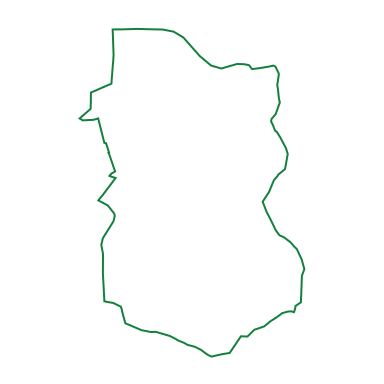 Zalingi, Central Darfur, Sudan (Albers equal-area conic projection), rotated 178°
{"feature_id": "16777658B14482741827107", "entity_name": "Zalingi", "entity_type": "district", "adm_level": 2, "iso_a3": "SDN", "parent_name": "Sudan", "parent_adm1": "Central Darfur", "projection": "albers", "projection_center": [23.544, 13.041], "detail": "fine", "context": "isolated", "style": "outline", "palette": "green", "viewbox_px": 384, "rotation_deg": 178, "n_neighbors": 0, "source": "geoboundaries", "source_scale": "gbopen_adm2", "svg_char_len": 2833}
<svg xmlns="http://www.w3.org/2000/svg" viewBox="0 0 384 384"><g transform="rotate(178 192 192)"><path d="M101.4,308.1L104.3,314.5L106.3,315.5L111.0,314.6L119.3,313.5L127.7,312.7L130.5,316.7L134.8,317.8L142.3,318.4L158.4,314.4L168.5,317.7L179.5,327.6L195.3,346.8L204.8,352.9L215.6,355.4L228.0,356.1L241.6,356.9L259.0,357.0L259.3,357.1L264.1,357.2L265.6,357.2L265.6,355.7L265.6,344.9L265.6,332.7L265.6,331.4L265.7,330.4L265.8,329.9L266.1,326.2L266.7,321.6L267.5,314.2L268.3,307.6L268.5,305.3L268.6,304.5L268.7,303.8L268.7,303.5L268.8,303.3L268.8,303.0L269.1,302.9L270.1,302.5L272.3,301.7L284.8,296.8L284.8,296.7L285.2,296.6L287.3,295.8L288.3,295.4L288.8,295.1L289.0,295.1L289.5,294.9L289.5,294.7L289.5,294.4L289.7,291.7L290.0,285.0L290.4,278.7L297.2,273.1L301.7,269.5L301.4,269.3L301.3,269.1L300.7,268.7L300.3,268.5L299.7,268.1L299.2,267.7L298.8,267.4L297.6,267.4L294.1,267.5L287.8,267.6L283.2,268.8L277.9,244.2L276.2,243.8L273.5,234.2L274.0,234.0L273.8,233.8L269.7,220.4L269.2,218.7L268.1,215.3L268.9,214.8L271.9,213.2L273.9,211.0L272.2,210.2L267.9,208.7L269.5,206.7L270.6,205.3L281.3,192.1L285.9,186.9L276.6,181.5L270.6,173.3L270.0,170.8L271.5,165.5L282.7,148.9L284.5,142.4L283.1,133.3L283.9,113.4L283.7,104.3L283.4,87.7L283.4,85.9L283.2,85.9L282.8,85.7L282.4,85.6L282.2,85.6L281.8,85.4L281.6,85.3L281.4,85.3L281.0,85.2L279.2,84.8L274.7,83.9L273.1,83.1L270.8,81.8L269.2,81.0L267.0,79.8L266.2,76.5L265.9,74.7L264.1,66.7L263.2,63.1L260.3,61.8L258.0,60.7L253.7,58.7L247.1,55.6L242.6,54.6L238.0,53.5L235.5,53.5L233.1,53.5L229.4,52.3L225.8,51.1L222.5,50.0L219.2,48.9L216.8,47.6L214.5,46.3L213.0,45.4L211.6,44.4L209.4,43.4L207.5,42.5L205.6,41.7L203.6,40.5L201.6,39.3L198.1,38.3L194.5,37.2L191.4,35.5L188.3,33.8L186.6,32.4L184.9,31.0L183.2,29.7L181.4,28.4L179.7,27.6L178.0,26.8L175.9,27.3L173.8,27.7L171.1,28.2L168.4,28.7L164.2,29.3L160.0,29.8L148.1,46.1L141.7,45.6L139.1,47.9L136.0,50.8L134.4,52.2L129.9,53.5L124.5,55.2L118.1,60.1L111.1,64.2L110.5,64.7L106.0,67.8L102.3,68.7L100.0,69.2L98.1,69.2L96.8,69.2L96.5,69.1L96.4,69.1L96.1,69.0L95.9,68.9L95.6,68.8L95.5,68.7L95.3,68.7L95.0,68.6L94.4,68.3L94.2,68.5L94.1,68.8L93.9,69.3L93.7,69.8L93.7,70.0L93.2,71.3L92.9,72.3L92.8,72.6L92.7,73.6L92.6,74.0L92.6,74.3L92.4,74.6L92.2,74.7L92.0,74.8L91.7,75.0L89.0,76.7L88.0,77.3L87.4,77.6L87.1,77.8L87.0,78.0L87.0,78.6L87.0,78.8L86.9,79.0L86.7,82.8L86.4,85.7L85.1,104.4L82.4,111.0L84.5,119.8L84.9,121.1L89.2,131.3L91.5,133.6L95.2,138.2L101.5,143.4L106.2,145.8L109.5,150.6L114.0,160.8L118.3,169.9L121.7,179.9L115.1,189.2L109.8,200.8L106.1,204.9L105.1,206.4L98.2,211.7L96.3,220.5L95.0,226.6L96.6,232.6L102.0,243.7L105.2,249.2L106.8,250.3L108.8,256.0L110.5,259.8L110.0,262.2L105.7,266.8L102.7,274.4L101.1,278.3L101.9,282.5L102.5,291.7L103.1,296.0L102.1,301.0L101.1,306.6L101.3,307.4L101.4,308.1Z" fill="none" stroke="#15803d" stroke-width="2"/></g></svg>